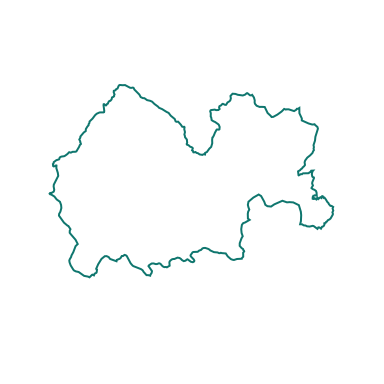 Benenitra, Atsimo-Andrefana, Madagascar, rotated 288°
{"feature_id": "10022922B93003724204974", "entity_name": "Benenitra", "entity_type": "district", "adm_level": 2, "iso_a3": "MDG", "parent_name": "Madagascar", "parent_adm1": "Atsimo-Andrefana", "projection": "mercator", "projection_center": [45.12, -23.452], "detail": "fine", "context": "isolated", "style": "outline", "palette": "teal", "viewbox_px": 384, "rotation_deg": 288, "n_neighbors": 0, "source": "geoboundaries", "source_scale": "gbopen_adm2", "svg_char_len": 6029}
<svg xmlns="http://www.w3.org/2000/svg" viewBox="0 0 384 384"><g transform="rotate(288 192 192)"><path d="M175.6,51.1L173.8,51.9L173.6,52.6L174.4,53.8L175.3,54.5L175.3,54.9L172.8,55.6L168.7,58.5L166.0,59.8L156.3,58.3L154.5,58.7L151.5,60.3L149.7,60.4L148.1,59.1L147.1,57.3L146.4,57.1L146.0,57.7L146.1,58.9L145.2,62.5L143.1,65.6L141.9,69.4L139.2,71.5L136.4,72.7L132.6,72.9L130.1,72.4L128.4,72.8L123.3,79.7L121.5,84.1L121.5,84.9L119.1,87.9L117.4,87.7L115.4,88.3L114.5,89.6L110.6,96.0L107.2,99.4L104.5,98.0L98.1,97.7L94.4,97.0L92.9,97.1L90.2,96.5L88.8,96.5L87.1,97.4L84.7,99.3L81.4,103.2L80.9,104.1L80.6,106.1L80.9,108.9L78.9,115.3L79.4,119.3L79.2,120.9L82.3,122.5L82.6,122.8L82.4,124.5L84.2,124.6L85.6,126.0L86.3,126.1L88.9,125.6L89.3,124.6L94.3,125.1L100.4,126.6L104.0,128.9L104.6,130.6L104.5,131.9L104.2,133.2L103.2,134.4L103.0,135.2L102.8,141.6L104.2,141.5L106.1,143.8L107.2,144.5L109.4,145.0L109.9,146.3L111.3,147.2L111.4,148.5L111.0,149.7L105.2,155.7L103.7,158.2L103.4,159.1L102.9,167.2L102.5,168.7L102.2,169.4L101.1,170.6L98.9,174.4L99.4,176.1L99.5,178.1L100.4,178.0L102.5,178.6L104.4,178.4L108.1,173.5L109.1,173.8L111.5,175.7L112.2,177.6L112.2,179.7L112.6,180.9L113.9,182.5L114.1,183.3L113.8,184.5L112.7,186.2L112.1,187.7L112.0,188.9L112.7,190.5L112.6,191.4L115.0,193.5L117.9,192.3L119.0,192.2L120.2,192.7L121.6,193.6L122.5,194.8L122.8,195.9L125.1,198.5L125.4,200.5L124.9,202.2L124.2,203.4L123.7,205.5L124.7,207.1L126.0,207.8L126.6,208.6L125.3,212.5L125.5,214.5L126.6,215.5L127.5,215.4L128.4,214.5L130.3,211.0L130.9,210.3L131.6,210.2L134.8,211.2L135.4,211.9L136.9,215.9L138.5,216.9L139.7,218.5L141.6,219.4L142.4,220.5L142.9,221.9L142.9,224.9L142.6,226.4L142.1,227.3L141.6,231.5L142.4,235.0L142.2,236.7L142.6,237.7L143.1,238.2L143.1,239.3L144.0,243.1L141.8,245.9L140.2,249.7L140.1,251.4L140.3,252.9L142.2,255.5L143.9,259.9L144.3,259.8L146.3,260.7L150.1,259.4L151.6,260.0L152.3,259.5L152.6,258.8L153.5,258.2L154.0,256.5L155.5,254.0L158.1,253.2L163.3,253.4L165.6,253.9L168.4,251.8L171.9,250.3L176.2,249.6L178.2,250.3L179.4,251.9L183.3,255.4L184.0,253.4L188.5,251.8L190.6,251.5L193.0,251.9L194.9,250.4L197.0,249.1L200.2,248.7L205.7,252.1L210.2,256.2L209.5,259.0L205.1,263.7L202.5,265.7L201.8,268.1L202.6,271.7L205.7,274.1L211.6,280.7L211.5,285.5L212.5,287.9L213.4,291.5L212.5,297.7L206.9,301.6L203.7,303.0L197.9,304.6L194.7,304.8L195.3,306.7L194.8,308.5L195.2,310.4L194.9,312.0L195.5,314.6L197.1,317.2L197.2,318.2L195.7,322.7L197.4,323.1L197.6,323.7L197.6,324.4L197.0,326.0L199.1,326.4L199.4,327.0L200.7,327.9L202.3,328.0L203.1,327.5L204.1,328.7L205.0,328.8L205.5,329.4L207.1,329.9L208.5,331.3L209.7,332.0L214.1,332.9L215.1,332.6L216.1,331.8L217.9,332.1L219.8,330.8L221.4,330.9L221.9,329.0L221.6,327.9L222.8,325.9L223.7,325.1L224.4,323.7L226.2,321.7L227.6,319.7L227.1,319.2L228.4,317.6L228.3,317.1L226.3,317.0L226.7,315.7L224.4,314.3L225.3,313.4L225.2,313.0L224.4,312.5L223.5,312.7L223.3,312.6L223.9,311.1L223.8,310.7L223.1,310.3L222.8,309.3L222.9,308.8L223.6,308.7L224.3,309.2L224.6,308.4L225.9,308.6L226.0,309.0L226.9,309.9L227.0,311.8L230.0,310.6L231.3,309.6L231.9,307.9L232.1,305.7L232.7,304.4L235.6,305.0L237.1,303.7L238.4,303.4L243.0,303.7L243.5,303.4L243.6,302.0L243.9,301.6L246.1,300.4L248.8,300.2L249.8,300.6L249.1,298.8L247.5,298.4L247.0,297.7L245.9,297.1L244.1,292.0L243.6,291.4L242.9,291.1L242.6,290.0L240.8,288.4L240.9,288.1L244.4,286.5L246.2,288.1L247.1,288.4L248.6,289.5L249.5,289.6L251.0,290.6L252.6,291.1L255.1,289.9L256.9,289.9L260.3,291.0L263.3,293.0L266.3,294.5L268.2,294.6L269.5,295.0L270.9,294.2L272.3,294.1L274.1,293.1L278.9,293.1L282.6,292.3L291.1,292.2L292.6,291.2L293.9,288.1L294.3,287.6L293.5,286.1L293.3,285.2L293.2,281.7L294.0,274.3L295.9,273.7L300.1,269.8L305.1,268.1L303.9,267.1L303.5,266.0L302.4,265.7L300.5,264.1L300.5,258.5L299.8,256.3L299.4,255.8L299.5,254.0L296.3,252.4L292.0,249.3L288.6,246.1L287.9,244.5L288.8,243.2L290.5,239.5L295.3,234.9L294.5,231.9L293.8,230.0L294.0,226.8L295.4,224.6L296.5,223.9L298.6,223.3L301.0,221.7L303.0,219.2L302.2,218.5L301.9,217.3L303.1,214.2L302.8,213.5L301.0,212.4L299.5,210.5L298.6,205.5L298.7,203.0L298.0,200.2L295.2,198.9L293.1,200.0L291.1,200.1L290.0,199.7L288.1,198.1L285.5,197.5L285.1,196.6L285.4,194.1L285.0,193.6L283.4,192.9L282.1,191.6L280.9,191.6L279.5,192.6L278.1,191.7L277.3,189.6L277.4,188.2L275.8,184.8L275.2,184.4L274.3,184.4L272.8,185.5L269.5,186.5L268.9,187.2L266.4,188.5L265.9,190.5L265.7,192.4L264.5,196.2L264.1,196.8L262.4,198.2L260.1,198.7L259.6,198.3L259.2,196.4L258.7,196.1L255.5,195.5L252.4,195.3L250.4,194.9L250.1,194.6L247.9,195.0L244.6,196.2L240.8,196.3L238.6,195.1L234.6,193.8L233.3,192.4L231.7,192.8L231.5,191.3L230.5,190.4L230.1,187.6L230.7,185.8L230.6,184.2L231.1,183.0L230.2,181.5L230.2,181.0L231.3,180.3L231.6,179.2L233.7,179.3L234.1,179.0L234.5,177.9L234.5,176.3L235.4,174.3L235.5,172.5L236.0,172.1L237.3,172.2L240.3,170.9L241.9,168.5L243.3,167.8L244.3,167.0L246.8,166.8L249.4,165.2L251.3,164.9L251.6,164.4L251.2,163.5L251.1,162.4L252.5,160.7L254.6,157.1L254.0,155.6L254.1,154.6L256.1,153.0L258.0,148.2L260.0,145.3L260.3,143.1L261.6,138.0L261.9,134.6L262.7,133.3L264.1,129.1L265.6,126.1L265.8,123.9L265.5,120.9L266.5,117.8L266.1,116.2L266.4,113.9L268.4,111.8L271.6,105.6L273.0,104.2L273.0,103.4L272.3,102.2L272.0,100.9L273.0,95.3L272.1,93.0L271.5,90.3L270.8,89.6L270.0,89.4L267.4,89.2L266.2,88.0L265.1,87.8L264.1,86.4L262.7,86.7L260.8,88.2L259.9,88.0L259.1,88.3L258.4,88.0L257.2,86.7L255.2,86.9L254.2,86.5L253.5,86.2L253.1,85.3L251.5,84.7L250.1,84.7L249.4,84.0L247.9,83.6L247.7,83.2L248.4,81.4L248.2,80.9L247.3,81.0L242.0,83.5L240.8,83.7L240.4,83.3L239.1,79.5L237.0,77.2L235.1,76.1L231.0,74.7L227.4,72.8L225.9,73.1L224.5,72.7L223.5,73.0L222.0,72.3L219.1,71.6L217.1,72.1L215.2,70.7L210.3,68.7L209.2,69.0L207.1,68.6L205.6,70.1L204.8,70.3L203.8,71.3L203.2,71.5L202.0,70.8L200.2,70.7L194.9,69.5L194.3,68.8L193.3,66.0L192.0,64.6L191.9,62.9L189.5,61.7L187.4,60.2L186.5,59.3L185.3,56.8L184.5,55.9L183.6,55.5L182.5,55.6L181.9,55.4L180.4,53.2L177.7,51.3L176.0,51.5L175.6,51.1Z" fill="none" stroke="#0f766e" stroke-width="2"/></g></svg>